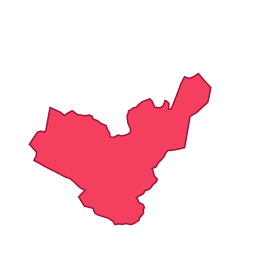 the district of São Joaquim do Monte, Pernambuco, Brazil, rotated 223°
{"feature_id": "56859067B64848357432681", "entity_name": "São Joaquim do Monte", "entity_type": "district", "adm_level": 2, "iso_a3": "BRA", "parent_name": "Brazil", "parent_adm1": "Pernambuco", "projection": "mercator", "projection_center": [-35.85, -8.484], "detail": "fine", "context": "isolated", "style": "filled", "palette": "rose", "viewbox_px": 256, "rotation_deg": 223, "n_neighbors": 0, "source": "geoboundaries", "source_scale": "gbopen_adm2", "svg_char_len": 1707}
<svg xmlns="http://www.w3.org/2000/svg" viewBox="0 0 256 256"><g transform="rotate(223 128 128)"><path d="M90.5,178.8L89.4,182.6L88.3,186.3L88.1,190.0L87.2,201.0L89.8,205.9L91.5,208.5L95.2,214.1L104.0,214.7L113.7,215.8L114.9,210.4L117.1,205.9L121.6,204.0L119.4,196.2L117.3,191.3L111.5,177.1L109.5,171.5L111.1,169.4L114.8,173.8L117.5,174.1L119.7,173.4L117.6,169.0L117.9,165.5L119.4,163.8L122.5,161.4L128.8,164.0L132.0,164.3L133.4,161.1L135.5,157.0L136.3,151.2L135.9,149.0L137.7,146.8L138.4,143.2L139.3,140.9L137.8,138.8L137.2,136.6L134.6,134.1L131.8,131.8L128.4,130.2L125.5,128.9L123.4,126.5L123.7,123.8L124.9,121.3L127.2,117.8L130.4,116.2L132.0,111.6L134.9,109.1L137.9,111.8L141.7,112.8L145.8,114.8L150.5,113.0L155.4,112.6L157.5,111.6L160.2,110.9L162.3,112.1L164.9,111.3L168.1,107.4L174.1,103.4L180.6,102.6L182.5,97.1L182.8,93.9L188.3,93.4L199.0,89.9L197.8,87.9L188.4,73.3L186.6,70.5L186.3,68.1L189.7,66.2L191.4,63.1L189.0,48.8L178.5,48.0L176.2,45.1L174.8,40.2L161.7,43.4L147.6,47.5L142.6,48.8L139.9,49.6L136.4,51.4L133.2,51.7L129.5,51.8L125.5,51.6L122.1,51.7L119.4,52.4L117.1,53.3L117.1,44.0L110.6,42.2L106.6,41.1L98.7,45.5L96.2,43.9L93.1,43.1L89.7,44.4L86.8,45.8L83.8,47.2L81.5,48.4L78.9,49.0L75.4,49.5L71.5,48.5L69.5,51.5L66.7,53.3L64.6,56.4L62.3,58.0L60.0,59.5L58.7,61.6L58.0,64.2L57.0,68.0L58.2,70.0L58.4,73.5L58.6,76.4L61.1,78.8L61.9,81.0L64.3,82.2L66.7,81.7L69.8,81.0L71.8,82.4L74.4,82.9L73.1,86.8L72.0,90.4L72.8,94.3L71.2,96.3L70.5,99.7L71.1,103.4L70.6,107.0L71.5,110.6L75.5,110.7L78.6,112.3L80.6,113.8L82.8,114.7L80.9,118.9L81.9,121.7L82.1,125.2L81.9,128.1L82.3,132.4L83.5,135.8L83.4,139.1L81.6,140.6L77.9,145.3L73.2,152.2L90.5,178.8Z" fill="#f43f5e" stroke="#9f1239" stroke-width="1.5"/></g></svg>